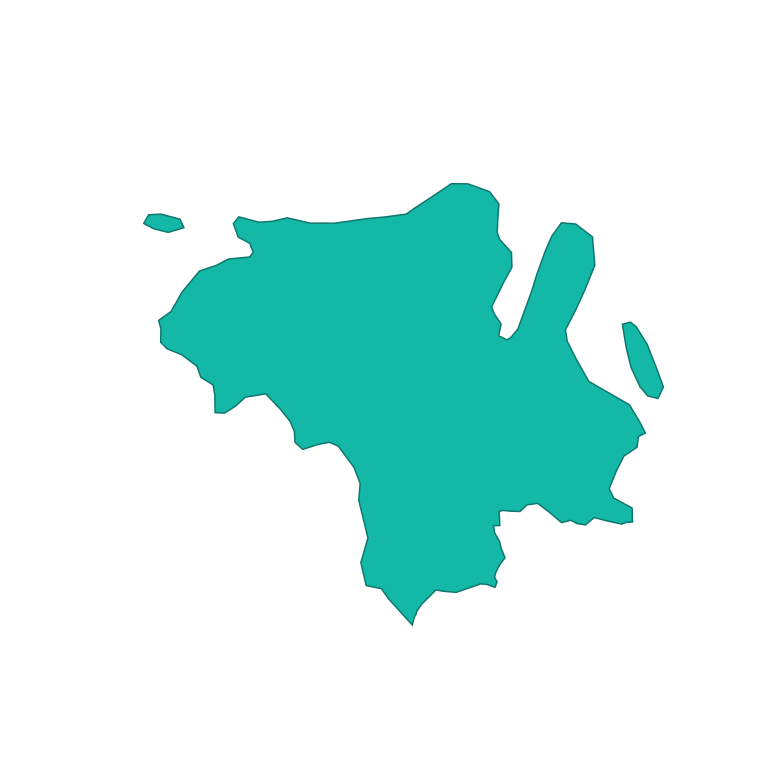 outline of Norrtälje, Stockholm, Sweden, rotated 290°
{"feature_id": "70781695B82449789410879", "entity_name": "Norrtälje", "entity_type": "district", "adm_level": 2, "iso_a3": "SWE", "parent_name": "Sweden", "parent_adm1": "Stockholm", "projection": "mercator", "projection_center": [18.596, 59.894], "detail": "fine", "context": "isolated", "style": "filled", "palette": "teal", "viewbox_px": 768, "rotation_deg": 290, "n_neighbors": 0, "source": "geoboundaries", "source_scale": "gbopen_adm2", "svg_char_len": 2105}
<svg xmlns="http://www.w3.org/2000/svg" viewBox="0 0 768 768"><g transform="rotate(290 384 384)"><path d="M300.6,234.6L299.3,235.1L302.1,244.1L312.3,252.0L324.2,258.2L334.3,276.3L324.7,295.5L316.8,308.5L308.9,315.9L298.7,320.4L294.8,330.0L304.4,342.4L310.6,352.6L310.0,362.2L295.4,384.3L282.4,395.6L266.0,400.1L248.4,411.9L233.7,421.6L208.3,423.3L188.5,436.2L188.5,436.3L190.8,451.5L183.4,462.2L180.5,467.8L167.2,493.0L175.5,492.2L177.7,492.8L182.3,492.6L190.1,494.8L208.2,503.2L209.7,511.4L212.9,523.1L228.5,542.4L229.0,542.4L229.1,542.6L230.9,549.2L230.9,557.9L236.9,557.9L240.0,554.1L245.5,553.5L253.7,554.6L262.1,557.1L270.1,550.0L275.5,546.5L281.9,538.9L288.3,535.4L290.6,541.2L295.5,539.3L303.6,535.7L305.8,538.8L307.8,546.5L310.7,555.4L319.3,559.7L324.4,569.2L320.2,582.8L314.5,598.2L319.8,606.1L318.9,613.2L320.5,621.5L330.4,627.2L331.7,640.9L333.6,654.6L333.7,655.4L336.5,658.5L339.3,664.7L352.3,659.6L355.4,638.8L362.8,631.4L381.8,632.1L398.3,634.1L411.2,643.4L421.5,641.0L426.4,645.5L427.9,647.0L427.3,646.4L435.8,637.3L448.4,621.7L456.5,575.5L473.1,556.2L486.9,541.5L497.0,536.0L519.0,538.8L541.1,540.6L567.7,541.5L593.5,529.6L599.9,509.4L596.2,495.6L579.7,491.0L564.1,490.1L540.2,490.1L521.8,491.0L499.7,491.0L481.3,491.0L471.2,487.3L467.5,484.5L468.5,475.3L480.4,473.5L487.8,463.4L493.3,458.8L519.9,461.6L537.4,464.3L551.2,458.8L559.5,443.2L565.0,438.6L579.7,434.0L592.6,430.3L600.8,417.4L600.8,394.5L595.3,378.8L575.1,364.1L560.4,353.1L551.2,346.7L541.1,327.4L533.7,311.7L518.1,282.3L509.8,259.3L507.1,236.4L498.8,223.5L493.3,211.5L491.4,190.4L483.2,187.6L472.1,196.8L470.3,209.7L463.0,216.1L457.4,214.3L448.2,195.0L438.1,185.8L427.1,172.0L401.4,162.8L379.3,159.1L366.6,150.4L359.8,155.4L346.8,159.9L342.8,168.4L342.3,184.2L336.6,202.3L327.6,209.6L324.7,223.7L315.7,228.8L300.6,234.6ZM521.8,587.6L501.1,599.1L483.8,610.7L468.8,625.7L463.0,636.0L464.1,646.4L476.8,647.6L491.8,634.9L511.4,617.6L524.1,601.4L526.4,594.5L521.8,587.6ZM452.7,103.3L451.1,114.7L452.7,129.4L462.5,142.5L469.1,136.0L467.4,116.4L462.5,104.9L452.7,103.3Z" fill="#14b8a6" stroke="#0f766e" stroke-width="1.5"/></g></svg>